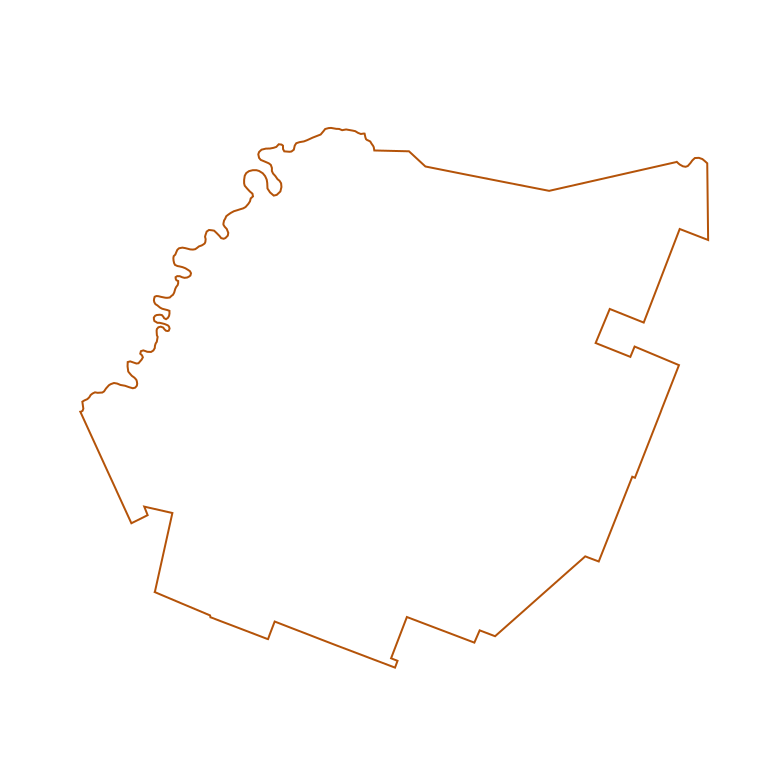 San Martín, Santiago del Estero, Argentina, rotated 100°
{"feature_id": "61730980B99739045741141", "entity_name": "San Martín", "entity_type": "district", "adm_level": 2, "iso_a3": "ARG", "parent_name": "Argentina", "parent_adm1": "Santiago del Estero", "projection": "orthographic", "projection_center": [-63.906, -28.198], "detail": "fine", "context": "isolated", "style": "outline", "palette": "amber", "viewbox_px": 768, "rotation_deg": 100, "n_neighbors": 0, "source": "geoboundaries", "source_scale": "gbopen_adm2", "svg_char_len": 4351}
<svg xmlns="http://www.w3.org/2000/svg" viewBox="0 0 768 768"><g transform="rotate(100 384 384)"><path d="M649.8,384.9L661.4,323.9L654.3,322.6L652.9,329.4L609.5,321.0L623.0,250.1L610.0,247.0L613.1,230.8L610.7,228.9L587.8,210.7L566.1,193.5L536.4,169.9L531.0,165.6L522.4,158.7L518.8,155.9L519.1,154.2L519.3,153.4L520.5,147.0L521.5,141.7L432.2,123.4L432.8,120.6L363.8,106.7L360.4,106.1L318.2,97.6L314.2,96.8L303.6,143.7L314.5,146.1L306.9,182.7L270.9,174.7L278.4,138.9L259.6,135.2L236.6,130.7L180.0,119.7L185.9,89.8L110.5,104.0L108.8,106.7L107.2,109.5L106.6,113.2L107.5,117.1L110.3,119.2L113.2,120.6L116.6,122.7L117.7,124.7L117.7,127.4L116.5,130.9L115.5,132.6L114.4,134.2L114.5,134.3L165.1,254.9L164.3,298.2L163.5,339.7L162.6,381.0L150.5,399.8L155.7,434.1L152.6,435.2L151.2,436.2L150.2,437.3L148.6,438.8L147.6,439.6L146.9,441.8L146.7,442.9L146.0,444.2L144.8,444.9L144.0,445.3L140.8,446.6L140.8,447.2L141.8,450.2L141.2,453.2L140.0,456.2L139.9,458.9L139.9,462.3L139.9,465.5L141.3,469.3L140.6,472.5L141.0,475.3L141.0,480.6L141.6,483.0L143.1,486.2L145.7,487.6L149.3,489.7L153.8,497.1L157.2,502.0L159.0,505.0L160.5,509.2L162.1,512.2L164.7,513.3L168.9,513.5L171.1,515.5L171.7,517.3L172.2,522.6L170.2,524.2L166.8,524.9L166.0,526.5L166.2,529.3L169.2,531.2L170.6,533.8L171.9,537.2L172.7,541.2L174.5,545.3L177.2,547.3L179.6,547.7L183.0,546.3L184.7,544.3L185.5,540.7L186.3,537.3L186.7,535.7L187.9,533.5L190.7,531.9L193.7,531.4L196.0,529.8L198.0,527.2L200.8,524.4L202.0,522.2L204.2,520.2L207.8,519.2L212.4,519.5L216.4,522.5L217.6,525.3L215.1,529.5L211.7,532.7L206.3,533.9L203.1,535.0L199.9,537.2L197.5,540.0L195.9,544.0L195.6,546.8L196.2,550.3L197.8,553.9L200.2,556.3L203.1,557.3L207.3,557.2L210.7,556.6L212.9,555.6L215.4,552.6L217.8,549.4L219.4,546.6L222.0,545.6L224.4,547.5L227.4,547.7L230.2,548.9L233.8,551.1L235.5,553.2L236.9,556.0L238.5,559.0L239.9,561.8L242.2,564.7L244.6,567.1L246.2,568.5L248.8,569.1L250.8,569.9L253.8,570.0L255.0,569.8L256.8,568.2L258.6,565.8L262.2,563.6L265.0,563.6L267.8,565.5L268.8,567.1L268.6,569.7L266.8,571.7L264.5,574.9L262.5,577.9L262.5,579.9L262.7,583.1L264.7,585.1L268.5,585.7L270.1,585.8L272.3,584.8L275.1,584.6L276.7,585.0L277.8,586.0L279.2,587.6L280.6,590.1L282.4,591.7L284.0,593.3L284.8,595.5L285.1,598.3L284.9,600.5L284.7,603.3L284.7,606.2L285.9,609.4L287.7,610.8L290.0,611.4L292.8,612.0L294.6,613.3L296.6,613.3L299.0,612.7L301.4,611.7L303.0,610.5L303.7,607.9L303.7,605.7L303.9,602.7L304.5,599.7L305.7,596.7L306.6,594.7L308.4,593.3L310.8,593.5L312.1,594.7L313.3,596.3L314.1,598.9L313.9,601.4L313.3,603.8L313.7,606.4L315.0,607.8L316.6,607.4L317.9,606.4L318.3,604.6L320.5,604.2L322.5,604.4L324.5,605.5L326.6,606.1L330.4,606.5L332.8,607.3L334.0,608.5L336.0,610.0L336.8,612.6L337.0,614.4L336.9,618.8L336.7,621.4L336.9,623.4L337.9,625.0L339.9,625.2L341.7,625.1L343.5,624.3L345.1,622.9L345.9,620.9L347.7,617.7L348.4,615.5L348.6,613.1L348.8,610.3L349.2,608.0L351.8,607.5L354.2,607.5L356.4,608.3L358.0,609.9L357.4,611.9L356.0,613.1L354.7,614.7L354.7,616.7L355.5,619.7L356.5,621.2L358.5,622.2L360.3,621.8L361.9,621.0L362.5,619.2L363.1,617.8L362.7,615.6L362.8,613.4L363.0,610.6L363.6,607.8L364.0,606.6L365.0,605.6L366.6,604.8L368.8,605.2L369.4,606.2L369.4,608.0L368.2,609.8L366.8,611.2L366.3,613.8L367.3,616.0L369.3,617.2L370.9,617.2L373.1,616.7L375.5,616.1L376.9,615.1L379.3,615.1L381.9,615.1L383.7,615.9L386.1,616.2L388.5,616.0L391.1,617.0L392.9,619.0L393.4,622.8L393.0,624.8L392.7,626.9L393.9,629.1L396.5,629.3L397.8,627.3L399.6,626.1L402.0,626.9L404.2,628.2L406.2,629.4L406.8,631.4L406.2,635.3L405.8,637.9L406.9,640.2L411.2,639.6L416.2,638.0L418.1,635.8L419.7,633.8L421.1,630.9L422.8,628.7L424.2,627.9L426.6,627.1L428.6,627.1L430.8,628.4L431.8,630.6L431.4,634.5L430.7,638.7L430.7,643.4L429.9,646.8L429.9,650.1L431.6,653.1L433.0,654.7L436.7,657.0L439.9,658.4L441.3,659.9L442.4,664.5L442.4,667.2L444.0,669.4L445.8,671.0L448.2,671.9L450.4,673.5L452.2,676.2L453.8,678.0L458.1,676.6L460.5,675.8L462.7,676.2L463.9,677.5L464.1,678.2L518.2,640.9L533.2,630.5L536.6,628.2L565.0,608.6L554.2,594.0L546.4,598.8L547.8,570.0L627.8,573.5L628.7,573.7L629.8,569.0L635.4,544.6L642.1,515.1L643.9,514.4L643.9,513.9L646.0,503.2L648.1,492.1L655.3,454.8L655.3,454.5L655.4,454.2L655.4,453.9L654.8,453.8L653.8,453.6L650.3,453.0L639.4,450.9L636.9,450.4L640.8,430.7L643.9,414.8L645.8,405.3L649.8,384.9Z" fill="none" stroke="#b45309" stroke-width="2"/></g></svg>